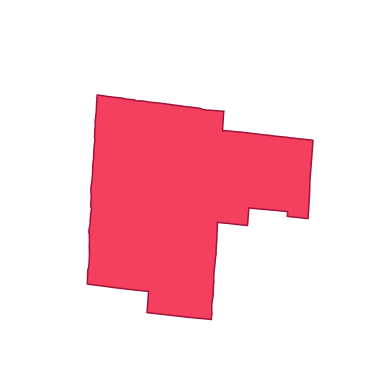 Gruia, Mehedinti, Romania (orthographic projection), rotated 68°
{"feature_id": "2599482B33990588848115", "entity_name": "Gruia", "entity_type": "district", "adm_level": 2, "iso_a3": "ROU", "parent_name": "Romania", "parent_adm1": "Mehedinti", "projection": "orthographic", "projection_center": [22.812, 44.277], "detail": "fine", "context": "isolated", "style": "filled", "palette": "rose", "viewbox_px": 384, "rotation_deg": 68, "n_neighbors": 0, "source": "geoboundaries", "source_scale": "gbopen_adm2", "svg_char_len": 3792}
<svg xmlns="http://www.w3.org/2000/svg" viewBox="0 0 384 384"><g transform="rotate(68 192 192)"><path d="M238.2,323.5L239.0,322.1L246.6,308.5L250.3,302.1L257.6,288.9L262.8,279.2L267.9,269.5L286.7,278.7L287.0,278.9L302.2,250.8L305.6,244.7L307.3,241.4L317.0,222.6L317.3,222.2L317.5,221.9L317.1,221.7L316.7,221.5L314.6,220.5L314.0,220.1L313.4,219.6L312.6,219.3L307.4,217.3L304.3,216.1L300.3,213.8L298.7,212.9L297.1,211.8L295.9,211.1L295.0,210.8L292.5,209.7L290.0,208.5L287.1,207.3L285.7,206.6L283.7,205.4L282.6,205.1L281.4,204.6L279.5,203.9L276.9,202.7L273.7,201.1L266.4,197.2L262.9,195.5L259.4,193.4L257.7,192.5L256.8,192.2L254.9,191.4L253.0,190.5L251.8,189.9L249.3,188.7L247.1,187.6L245.1,186.7L240.1,184.5L238.3,183.6L236.8,183.0L231.6,180.6L229.7,179.8L232.0,175.6L234.6,170.4L238.4,163.4L243.0,154.7L243.8,153.2L243.7,153.2L242.5,152.5L240.8,151.5L239.3,150.9L235.5,148.9L233.3,147.8L230.2,146.3L228.1,145.2L231.6,138.6L234.7,132.5L237.6,126.8L239.4,123.3L241.7,118.7L242.3,117.9L244.1,114.3L245.3,111.9L246.2,110.8L250.2,112.8L250.4,112.4L252.5,108.8L254.5,104.9L256.1,101.9L257.2,99.8L258.5,97.6L260.1,94.3L259.7,94.1L258.6,93.6L257.2,93.0L254.8,91.9L253.8,91.3L253.1,90.9L251.9,90.3L250.3,89.7L249.4,89.2L246.5,87.8L244.4,86.8L243.7,86.6L243.2,86.4L239.8,84.6L236.6,83.2L233.5,81.8L230.5,80.5L228.9,79.8L227.1,79.0L225.7,78.4L218.0,74.6L212.0,71.6L202.1,66.7L196.5,63.9L192.2,61.8L189.9,60.6L189.4,60.5L187.2,64.3L182.5,73.3L179.6,78.5L179.3,79.4L177.0,83.2L174.1,88.7L171.2,94.3L168.6,98.7L165.8,104.2L161.0,112.9L158.4,117.5L154.9,124.1L151.7,130.3L148.6,136.2L147.1,139.2L146.9,140.7L142.5,138.8L135.6,135.5L129.1,132.3L128.9,132.2L128.2,134.4L127.6,135.4L127.0,136.4L126.4,137.6L125.4,139.6L124.4,141.6L123.4,143.6L122.8,144.9L122.3,146.1L121.7,147.5L120.6,149.2L119.8,150.7L119.3,151.3L118.6,152.0L118.1,152.4L117.4,153.5L117.0,154.0L116.2,155.4L115.2,157.2L113.1,160.8L112.4,162.3L112.0,163.1L111.1,164.5L110.4,166.0L109.7,167.3L108.7,168.8L107.9,170.3L107.2,171.6L106.4,172.9L105.7,174.2L104.9,175.7L104.6,176.2L103.6,177.8L102.7,179.4L102.0,180.6L101.4,181.7L101.1,182.4L100.6,183.1L99.7,184.6L98.6,186.8L97.6,188.4L96.0,191.5L95.0,193.3L94.3,194.9L92.9,197.5L91.9,199.1L90.9,200.7L89.5,203.0L88.7,204.6L87.5,207.2L86.8,209.2L86.3,210.2L85.6,210.5L85.2,210.7L84.6,211.2L84.6,211.8L84.2,212.5L83.3,214.0L82.3,216.0L81.4,217.9L81.1,218.5L80.7,219.0L80.0,219.8L79.5,220.3L78.7,221.7L77.9,223.2L77.0,225.0L76.4,226.1L75.3,228.2L73.5,231.3L72.4,233.4L71.1,235.7L69.0,239.0L67.4,242.1L66.5,243.5L67.1,243.9L69.4,245.0L69.7,245.2L72.1,246.2L73.7,247.1L74.7,247.6L75.6,247.9L76.3,248.3L77.0,248.6L80.1,250.0L81.4,250.6L82.3,251.0L84.0,252.0L86.3,253.2L88.1,254.2L89.5,254.9L90.3,255.4L91.6,255.9L92.1,256.0L92.8,256.2L94.8,257.2L97.4,258.5L99.9,259.7L102.4,260.8L104.2,261.7L105.2,262.0L105.6,262.0L106.2,262.1L106.8,262.3L107.5,262.6L108.8,263.4L111.3,264.7L114.7,266.4L118.0,268.1L121.3,269.5L123.3,270.4L124.6,270.9L125.2,271.4L126.4,272.1L126.7,272.2L129.6,273.8L131.4,274.6L136.8,276.9L139.2,278.1L141.1,279.0L142.7,279.9L144.0,280.5L145.3,281.3L146.3,281.9L147.3,282.5L148.9,283.4L150.1,284.0L152.0,284.9L154.3,285.8L156.2,286.4L158.5,287.1L160.6,288.1L166.3,290.9L167.4,291.3L167.9,291.4L168.5,291.4L168.8,291.2L169.2,291.0L169.5,291.1L169.8,291.4L170.4,292.0L171.3,292.5L171.6,292.4L172.1,292.5L172.5,292.9L172.8,293.2L173.7,294.0L174.4,294.3L176.5,295.2L178.1,295.9L179.4,296.7L181.4,297.6L182.6,298.0L183.5,298.4L184.6,299.1L186.4,300.3L186.8,300.6L188.9,301.9L190.6,302.7L191.6,302.9L192.5,302.9L192.6,303.0L193.6,303.4L196.0,304.3L200.7,306.2L203.8,307.6L207.3,308.9L210.5,310.1L215.3,312.2L221.7,315.2L224.3,316.8L224.6,317.4L226.1,318.2L229.9,319.9L231.4,320.6L232.7,321.2L235.2,322.3L235.6,322.5L238.2,323.5Z" fill="#f43f5e" stroke="#9f1239" stroke-width="1.5"/></g></svg>